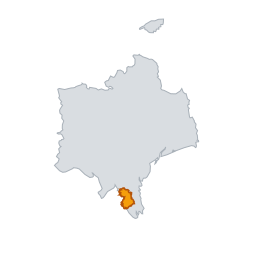 France, with Côtes-d'Armor highlighted, rotated 242°
{"feature_id": "FRA-5283", "entity_name": "Côtes-d'Armor", "entity_type": "Metropolitan department", "adm_level": 1, "iso_a3": "FRA", "parent_name": "France", "parent_adm1": "", "projection": "mercator", "projection_center": [-2.816, 48.456], "detail": "fine", "context": "in_parent", "style": "filled", "palette": "amber", "viewbox_px": 256, "rotation_deg": 242, "n_neighbors": 0, "source": "natural_earth", "source_scale": "10m", "svg_char_len": 6053}
<svg xmlns="http://www.w3.org/2000/svg" viewBox="0 0 256 256"><g transform="rotate(242 128 128)"><path d="M189.1,108.5L187.7,109.3L186.8,110.9L185.9,111.3L184.3,111.3L183.5,110.3L181.5,110.9L180.7,111.9L181.9,113.2L178.0,118.3L175.5,119.6L175.0,122.9L172.1,125.4L171.0,128.0L170.9,128.5L171.6,129.3L171.3,131.0L169.8,132.1L169.9,133.2L170.3,133.3L172.5,132.5L173.4,131.5L172.9,130.1L175.2,128.4L179.3,128.9L179.7,131.1L179.2,132.9L182.1,137.0L179.6,138.8L179.4,140.1L182.0,144.1L183.7,145.8L182.8,148.4L180.0,150.2L178.3,150.0L177.5,150.5L177.6,151.3L178.8,153.7L181.8,155.3L182.2,157.1L181.4,157.7L180.0,160.5L180.6,161.8L180.4,162.4L180.7,163.3L181.5,164.3L185.6,166.6L189.3,166.1L189.8,167.5L187.5,171.0L187.7,172.6L186.5,172.6L186.3,173.2L184.0,174.4L180.3,177.9L178.6,179.0L177.9,180.8L176.9,181.8L171.5,183.8L170.5,183.3L168.0,183.4L166.3,182.1L163.2,181.3L162.2,179.4L159.3,179.1L159.2,177.8L155.1,179.0L149.4,177.3L147.4,175.4L145.7,175.9L144.3,177.5L138.1,181.9L135.7,186.3L136.2,191.5L137.6,194.0L133.8,193.6L131.6,194.4L131.0,195.4L125.7,194.2L123.8,195.2L123.2,195.2L122.5,194.1L120.0,192.9L120.4,192.0L120.0,191.3L117.6,190.7L116.7,191.4L115.8,189.9L108.9,187.5L107.8,187.6L107.4,189.9L103.0,189.9L102.3,189.4L99.5,189.9L96.5,187.7L93.1,188.2L91.1,185.9L89.1,185.8L86.2,184.6L85.0,184.0L84.8,183.3L84.0,184.4L82.9,184.1L82.7,183.8L83.3,182.6L83.5,181.1L80.0,180.0L79.0,179.0L79.0,178.4L80.9,177.9L82.6,175.9L84.2,168.5L85.4,159.7L86.3,158.0L87.4,157.5L86.5,156.3L85.4,157.9L86.1,149.7L87.3,143.6L90.3,146.1L91.0,147.2L91.9,150.9L93.6,152.4L92.5,150.9L91.4,146.0L90.7,144.6L86.0,140.5L85.8,139.6L87.9,140.1L87.1,137.0L86.6,130.5L83.7,129.8L79.1,127.0L75.9,122.0L75.5,120.1L76.4,118.1L75.6,116.8L74.3,115.9L75.3,114.2L76.3,114.0L79.6,115.0L76.9,113.4L72.5,113.9L70.7,113.4L70.4,112.2L71.6,110.6L70.1,109.6L67.6,109.9L67.3,109.5L68.0,108.3L67.4,107.9L65.3,108.4L64.1,108.0L63.0,106.7L59.7,106.5L59.0,105.7L54.4,104.2L49.5,104.5L48.2,102.0L45.3,100.7L45.8,99.9L48.8,99.2L49.3,98.4L47.2,97.4L46.4,96.3L50.4,96.1L48.6,95.0L44.8,95.0L44.3,93.5L44.8,91.9L47.0,90.5L52.5,89.0L56.5,88.9L59.4,87.1L62.2,86.6L64.9,87.5L68.5,92.0L71.4,90.0L75.7,90.1L76.5,91.2L77.7,89.1L78.6,90.3L83.9,89.9L82.7,89.1L81.7,87.2L81.5,80.1L78.8,75.0L78.1,73.1L78.3,71.5L81.4,71.8L84.0,71.1L85.3,71.5L85.6,74.9L86.7,76.8L93.9,77.4L98.1,78.4L101.6,76.6L104.9,75.7L105.1,75.3L103.2,75.5L101.5,74.6L101.3,73.8L102.2,71.1L107.2,68.2L114.6,65.8L116.5,64.1L118.6,61.1L118.1,60.4L118.5,52.2L119.6,49.5L122.4,47.5L129.5,45.5L130.4,48.2L130.4,49.7L132.3,52.0L133.2,52.7L136.3,51.4L137.8,53.6L138.3,56.0L142.1,57.0L143.2,60.2L143.8,59.5L146.2,59.6L147.3,59.9L148.8,61.2L148.4,63.1L149.0,64.0L148.4,65.7L148.8,66.5L153.2,66.5L154.5,65.7L155.1,64.0L156.4,62.9L156.9,63.3L156.0,66.5L156.6,67.3L156.9,69.6L158.6,69.8L161.7,71.6L164.4,74.6L167.7,74.1L170.3,75.8L173.0,74.9L175.5,75.8L176.4,76.7L178.8,80.9L180.6,80.0L181.9,80.5L182.3,81.7L187.2,81.0L188.0,82.2L189.0,82.7L195.2,84.2L195.2,85.8L191.7,90.2L190.1,96.5L189.1,98.7L188.7,100.3L189.0,101.4L188.8,103.1L188.1,107.1L188.5,108.3L189.1,108.5ZM210.9,188.1L210.6,190.4L211.4,192.1L211.7,198.8L210.0,202.0L209.7,205.9L207.5,210.5L204.1,208.4L203.0,207.3L204.0,205.5L202.0,204.6L202.5,202.9L202.2,202.0L200.9,201.9L200.8,201.5L201.8,200.1L201.8,199.3L200.5,198.3L200.2,197.4L201.5,196.3L200.9,195.4L200.2,195.2L201.9,192.1L203.1,191.2L205.8,190.4L206.9,189.2L208.7,189.8L209.0,189.5L209.5,184.7L210.1,184.6L210.7,185.3L210.9,188.1ZM86.2,137.3L85.8,138.8L84.0,136.3L83.7,134.9L86.2,137.3Z" fill="#d9dde1" stroke="#a8b0b8" stroke-width="1"/><path d="M57.4,89.3L57.7,89.4L58.1,89.4L58.1,88.9L58.1,88.6L58.7,88.4L58.1,87.8L58.1,87.5L58.2,87.3L58.5,87.2L58.8,86.7L59.0,86.7L59.4,86.7L59.8,86.9L60.0,86.9L59.9,87.0L60.1,87.2L60.3,87.1L60.5,87.0L60.5,86.9L61.5,86.5L61.7,86.4L61.9,86.5L62.2,86.0L62.4,86.1L62.5,86.3L62.5,86.7L62.4,87.0L62.2,87.2L62.2,87.3L62.3,87.3L62.4,87.2L62.5,87.0L62.8,86.6L63.1,86.3L63.2,86.2L63.3,86.3L63.5,86.0L63.8,86.0L63.9,86.4L63.8,86.6L64.0,86.8L63.9,87.0L63.8,87.4L63.7,87.6L63.4,87.9L63.4,88.0L63.5,88.0L63.9,87.2L64.1,86.9L64.3,86.9L64.6,86.8L64.8,86.9L64.7,87.1L64.8,87.1L64.7,87.2L64.6,87.3L64.4,87.4L64.4,87.5L64.5,87.7L64.8,87.8L65.4,87.8L65.7,87.9L65.7,88.0L65.7,88.3L65.5,88.5L65.9,88.8L66.1,89.0L66.9,89.8L67.0,90.4L67.1,90.5L67.0,90.8L67.3,91.0L67.6,91.2L68.2,91.6L68.2,91.8L68.0,92.0L68.3,92.2L68.4,92.3L68.6,92.5L68.6,92.3L68.6,92.0L68.7,91.9L69.1,91.9L69.3,91.9L69.6,91.6L69.8,91.2L70.1,91.0L70.3,90.9L71.1,90.4L71.2,90.2L70.9,90.0L71.4,89.8L71.7,89.9L71.8,90.1L72.1,90.0L72.4,89.7L72.7,89.4L72.9,89.1L72.9,89.3L73.0,89.5L73.3,89.5L73.2,89.7L73.2,89.8L73.1,90.0L72.7,90.3L72.9,90.5L73.2,90.4L73.4,90.1L73.7,90.0L73.8,90.5L74.0,90.8L74.1,91.0L74.3,91.0L74.3,90.8L74.3,90.6L74.4,90.8L74.5,91.1L74.7,90.9L74.7,90.6L74.8,90.5L75.0,90.5L74.9,90.2L75.4,90.0L76.0,90.0L76.3,90.5L76.3,90.9L76.4,91.0L76.6,91.1L76.5,91.3L76.8,91.8L76.9,92.0L76.8,92.4L77.3,92.0L77.2,92.0L77.4,91.7L77.5,91.8L77.6,92.6L77.7,92.8L77.6,93.1L77.2,93.6L77.2,93.9L77.2,94.0L77.4,95.0L77.3,95.3L77.2,95.4L77.0,95.6L77.1,96.0L76.8,96.5L76.5,96.5L76.1,96.3L75.8,96.2L75.5,96.4L75.4,96.7L75.2,96.8L74.7,96.8L74.5,97.1L74.4,97.5L74.1,97.7L74.0,97.9L74.0,98.3L73.9,98.5L73.7,98.7L73.4,98.9L73.2,99.1L72.6,99.3L72.4,99.4L72.1,98.8L72.0,98.7L71.9,98.6L71.6,98.5L70.7,98.5L70.4,98.9L70.3,99.4L70.3,99.7L70.2,99.9L69.5,100.6L69.1,100.8L68.9,100.7L68.9,99.3L68.7,99.2L68.0,99.4L67.7,99.8L67.5,99.7L67.3,99.1L67.1,99.0L66.6,98.9L65.9,98.5L65.5,98.4L65.0,98.6L64.9,98.6L64.8,98.1L64.7,97.9L63.7,97.8L63.4,98.0L63.3,98.4L63.2,98.6L61.5,98.9L61.2,98.8L61.0,98.7L60.9,98.5L60.7,98.5L60.3,98.7L60.0,98.8L59.8,98.6L59.8,98.4L59.7,98.2L58.5,98.3L58.3,98.2L58.5,98.0L58.4,97.5L58.5,97.2L58.7,96.9L58.8,96.5L58.7,96.3L58.4,95.7L58.3,95.0L58.3,94.9L58.2,94.8L58.1,94.7L57.8,94.6L57.7,94.5L57.7,94.3L57.7,94.2L57.8,94.1L58.1,94.0L58.3,94.0L58.3,93.9L58.4,93.7L58.3,93.3L58.2,93.3L58.0,93.2L57.9,93.1L57.9,92.9L58.2,92.4L58.2,92.1L58.2,91.9L58.2,91.7L57.6,90.9L57.5,90.7L57.4,90.4L57.4,89.3Z" fill="#f59e0b" stroke="#b45309" stroke-width="1.5"/></g></svg>